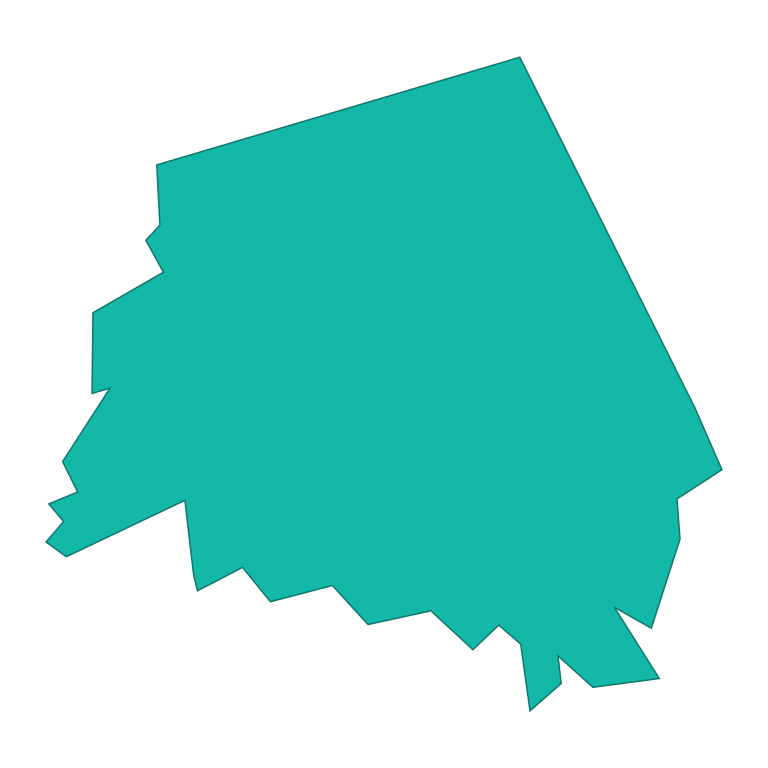 Clark, Kentucky, United States of America
{"feature_id": "52423323B29172406843772", "entity_name": "Clark", "entity_type": "district", "adm_level": 2, "iso_a3": "USA", "parent_name": "United States of America", "parent_adm1": "Kentucky", "projection": "albers", "projection_center": [-84.177, 37.969], "detail": "fine", "context": "isolated", "style": "filled", "palette": "teal", "viewbox_px": 768, "rotation_deg": 0, "n_neighbors": 0, "source": "geoboundaries", "source_scale": "gbopen_adm2", "svg_char_len": 579}
<svg xmlns="http://www.w3.org/2000/svg" viewBox="0 0 768 768"><path d="M659.3,678.5L614.3,607.2L651.3,628.2L680.0,539.1L677.0,498.9L721.9,469.7L694.9,407.8L519.8,57.2L156.8,164.9L159.9,225.2L145.8,240.3L149.6,247.0L163.4,272.2L93.0,312.7L92.0,393.4L110.0,388.2L62.6,461.6L77.7,492.0L48.8,503.9L63.6,521.5L46.1,542.0L66.3,556.7L184.9,500.3L193.6,574.8L197.5,590.8L242.5,567.4L270.4,601.7L332.4,585.5L368.0,624.5L430.9,610.8L472.9,649.7L498.8,625.1L520.7,644.1L530.0,710.8L561.2,683.5L558.0,655.9L592.9,687.3L659.3,678.5Z" fill="#14b8a6" stroke="#0f766e" stroke-width="1.5"/></svg>